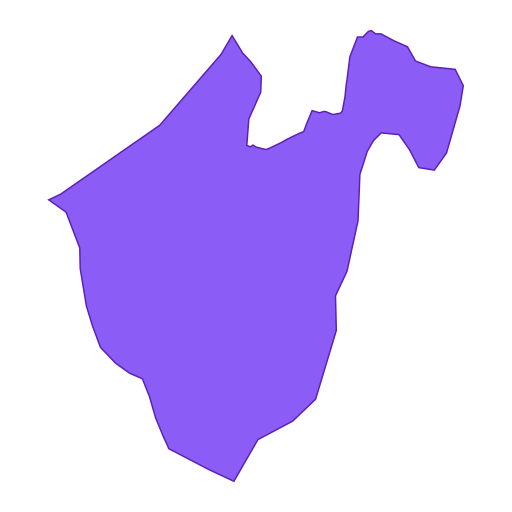 Calabar South, Cross River, Nigeria
{"feature_id": "59680162B50827827535662", "entity_name": "Calabar South", "entity_type": "district", "adm_level": 2, "iso_a3": "NGA", "parent_name": "Nigeria", "parent_adm1": "Cross River", "projection": "equal_earth", "projection_center": [8.325, 4.916], "detail": "fine", "context": "isolated", "style": "filled", "palette": "violet", "viewbox_px": 512, "rotation_deg": 0, "n_neighbors": 0, "source": "geoboundaries", "source_scale": "gbopen_adm2", "svg_char_len": 1097}
<svg xmlns="http://www.w3.org/2000/svg" viewBox="0 0 512 512"><path d="M357.5,37.0L349.9,56.7L347.3,77.4L347.0,79.8L346.3,83.9L344.9,97.4L342.3,111.0L340.7,113.1L334.4,114.3L332.3,114.4L325.7,111.6L323.7,111.5L319.5,112.8L312.1,110.6L306.6,123.8L303.7,131.6L298.8,133.6L293.5,136.1L286.4,139.6L281.0,142.7L275.6,145.3L271.7,147.2L266.3,149.5L262.7,148.8L256.0,147.0L253.0,145.1L250.3,146.8L246.8,145.4L248.8,119.1L260.7,92.2L261.3,76.2L250.8,61.8L242.7,53.1L232.1,35.6L221.1,54.3L159.8,125.2L60.7,194.1L48.7,199.8L66.1,212.2L79.8,248.1L80.2,268.5L86.4,306.0L92.5,325.9L100.5,347.4L115.7,363.3L129.7,373.3L142.4,378.8L149.6,396.9L155.6,417.9L163.6,437.2L166.8,444.0L168.8,448.7L208.7,469.5L233.9,481.3L257.9,439.6L292.8,421.0L315.6,399.2L336.3,330.5L335.5,295.8L347.0,271.3L358.0,220.8L359.9,174.4L367.3,151.3L373.5,140.6L381.2,132.9L399.0,134.6L409.5,149.7L418.8,167.6L434.3,170.1L446.5,153.0L460.0,105.9L463.3,85.7L455.1,69.3L430.6,66.8L415.5,61.0L407.5,46.8L394.4,41.0L380.8,33.8L375.7,33.9L371.4,30.7L368.4,31.4L362.9,37.0L357.5,37.0Z" fill="#8b5cf6" stroke="#5b21b6" stroke-width="1.5"/></svg>